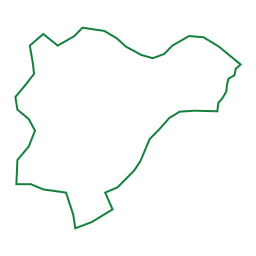 Pera, Nicosia, Cyprus
{"feature_id": "46923920B36351356920234", "entity_name": "Pera", "entity_type": "district", "adm_level": 2, "iso_a3": "CYP", "parent_name": "Cyprus", "parent_adm1": "Nicosia", "projection": "natural_earth1", "projection_center": [33.279, 35.026], "detail": "fine", "context": "isolated", "style": "outline", "palette": "green", "viewbox_px": 256, "rotation_deg": 0, "n_neighbors": 0, "source": "geoboundaries", "source_scale": "gbopen_adm2", "svg_char_len": 691}
<svg xmlns="http://www.w3.org/2000/svg" viewBox="0 0 256 256"><path d="M240.6,64.5L218.9,46.6L203.4,37.2L188.9,36.1L172.4,45.6L164.1,54.0L152.8,58.2L141.4,55.0L125.9,46.6L116.6,38.2L104.2,30.9L82.5,27.7L74.3,36.1L57.7,45.6L43.3,34.0L29.8,45.6L32.9,63.4L34.0,73.9L26.7,83.4L15.4,97.0L17.4,109.6L28.8,119.1L35.0,130.6L28.8,146.4L17.4,160.0L16.4,184.2L30.9,184.2L43.2,189.4L66.0,192.6L73.2,214.6L75.3,228.3L91.8,222.0L112.5,209.4L105.2,192.6L117.6,187.3L134.2,170.5L140.4,161.1L149.7,139.0L159.0,129.6L169.3,118.0L179.6,111.7L194.1,110.7L217.4,111.3L218.2,103.1L222.8,97.6L226.3,91.5L227.1,84.3L228.5,78.6L234.4,75.3L235.8,68.7L240.6,64.5Z" fill="none" stroke="#15803d" stroke-width="2"/></svg>